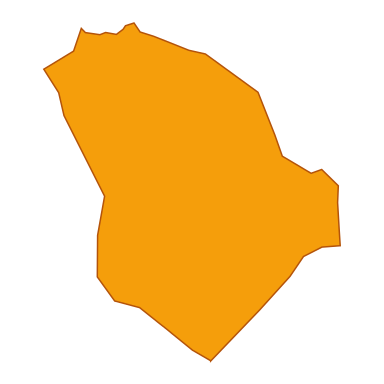 Delgerxaan, Töv, Mongolia
{"feature_id": "93677404B23816773635659", "entity_name": "Delgerxaan", "entity_type": "district", "adm_level": 2, "iso_a3": "MNG", "parent_name": "Mongolia", "parent_adm1": "Töv", "projection": "mercator", "projection_center": [104.591, 46.68], "detail": "fine", "context": "isolated", "style": "filled", "palette": "amber", "viewbox_px": 384, "rotation_deg": 0, "n_neighbors": 0, "source": "geoboundaries", "source_scale": "gbopen_adm2", "svg_char_len": 621}
<svg xmlns="http://www.w3.org/2000/svg" viewBox="0 0 384 384"><path d="M210.7,360.9L210.7,361.0L259.6,310.0L290.0,276.4L303.5,256.5L321.9,247.1L340.2,245.7L339.2,229.9L337.6,202.6L338.3,185.8L321.7,169.5L311.1,173.3L282.3,156.2L274.8,134.9L258.0,92.3L205.4,54.0L188.9,50.3L153.7,36.3L140.1,32.0L134.0,23.0L125.5,25.7L123.1,29.3L116.4,34.4L105.6,32.5L99.9,34.7L85.4,32.6L81.4,28.5L81.3,28.4L73.6,51.1L43.8,69.2L58.7,92.7L64.0,115.6L104.6,196.2L97.6,235.4L97.3,276.9L114.7,301.0L139.6,307.6L159.5,323.5L166.9,329.3L172.2,333.7L192.5,350.2L210.8,360.8L210.7,360.9Z" fill="#f59e0b" stroke="#b45309" stroke-width="1.5"/></svg>